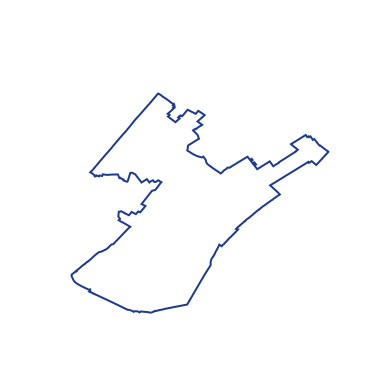 Midden-Delfland, Zuid-Holland, Netherlands (Equal Earth projection), rotated 340°
{"feature_id": "6326949B8148918487264", "entity_name": "Midden-Delfland", "entity_type": "district", "adm_level": 2, "iso_a3": "NLD", "parent_name": "Netherlands", "parent_adm1": "Zuid-Holland", "projection": "equal_earth", "projection_center": [4.318, 51.971], "detail": "fine", "context": "isolated", "style": "outline", "palette": "blue", "viewbox_px": 384, "rotation_deg": 340, "n_neighbors": 0, "source": "geoboundaries", "source_scale": "gbopen_adm2", "svg_char_len": 5853}
<svg xmlns="http://www.w3.org/2000/svg" viewBox="0 0 384 384"><g transform="rotate(340 192 192)"><path d="M204.8,102.9L204.6,102.9L204.4,102.9L204.1,102.5L202.2,99.6L199.8,95.9L196.8,91.9L196.1,90.5L194.1,88.1L193.8,87.9L193.6,87.9L193.2,88.1L192.7,88.5L192.2,88.8L185.0,92.9L184.3,93.4L183.5,93.7L182.5,94.4L179.9,95.7L177.8,96.9L175.8,97.9L170.9,100.7L167.4,102.5L165.3,103.6L162.4,105.2L159.6,106.9L156.7,108.7L154.0,110.3L152.4,111.2L151.1,112.0L149.2,113.1L148.5,113.5L147.1,114.0L146.9,114.1L145.9,114.8L141.2,117.4L136.8,119.9L135.7,120.6L134.1,121.4L131.1,123.3L128.7,124.5L127.6,125.3L125.8,126.2L123.7,127.3L122.7,127.9L119.4,129.7L107.1,136.8L105.5,137.6L105.0,137.9L104.1,138.2L103.2,138.7L103.5,138.9L106.5,143.4L105.9,143.9L105.9,144.0L107.0,144.4L107.9,143.8L110.0,145.5L110.7,144.9L113.0,146.2L114.3,144.9L117.2,146.5L117.7,146.7L119.4,147.3L123.0,148.3L128.4,150.2L128.5,154.1L129.4,154.0L130.1,155.3L130.4,155.3L131.0,156.0L131.7,156.6L131.4,157.0L132.2,157.8L132.0,158.1L132.5,158.5L133.4,159.3L134.7,160.2L135.1,160.0L136.1,158.8L140.5,153.0L141.5,153.1L142.4,153.5L142.7,153.7L143.1,154.5L143.8,155.0L144.1,155.3L144.7,156.0L144.9,156.5L147.8,165.8L154.0,164.5L154.8,167.0L155.2,168.4L155.7,168.1L159.1,167.6L159.3,167.6L160.0,169.6L161.1,170.1L161.4,170.1L164.2,169.5L164.4,169.5L164.7,169.7L165.4,171.0L166.6,172.3L163.8,173.9L162.7,174.7L158.4,177.4L157.9,177.5L155.0,177.2L154.6,177.3L140.5,186.1L143.5,189.2L136.4,193.4L134.8,191.9L131.7,193.6L128.4,190.1L124.8,192.3L121.4,188.8L121.5,188.7L120.4,187.6L119.0,186.0L118.8,186.1L116.5,185.5L114.4,189.8L114.4,190.1L115.2,192.6L113.5,193.5L115.9,196.4L116.3,196.6L122.1,203.6L121.5,203.9L120.0,204.3L100.1,214.1L98.6,213.8L98.2,213.8L93.4,216.0L92.5,216.3L91.5,216.5L87.9,216.9L86.7,217.0L85.4,216.9L83.7,216.7L82.1,217.4L81.9,217.3L80.1,217.9L73.3,220.7L70.0,221.9L69.8,221.7L66.4,223.1L66.3,222.9L61.2,224.7L60.2,225.2L56.2,226.5L56.4,227.1L56.0,227.2L55.1,227.0L50.7,228.4L50.6,228.7L50.6,228.8L50.1,229.7L50.4,233.7L50.7,235.3L51.0,236.0L51.6,237.3L53.0,239.3L54.0,240.6L55.3,241.9L55.6,242.4L61.5,248.4L63.0,248.7L62.6,250.1L61.4,250.5L62.8,251.9L63.0,251.9L65.0,253.9L64.8,254.0L66.7,255.8L66.8,255.8L80.5,269.6L88.5,277.8L88.4,277.8L90.7,280.2L90.8,280.1L91.7,280.8L92.9,281.5L95.2,283.3L96.1,284.6L96.7,284.4L98.4,284.8L100.6,285.9L101.5,287.2L102.9,286.7L106.3,288.3L107.8,289.0L108.7,289.3L109.9,290.1L110.8,290.7L111.9,291.2L112.7,291.4L113.6,291.4L115.1,291.2L115.8,291.3L116.7,291.4L116.8,291.4L116.8,291.2L117.1,291.3L117.5,291.5L120.7,291.8L125.2,292.5L125.5,292.5L125.7,292.4L128.7,292.9L133.4,293.6L149.0,296.1L157.4,289.1L174.1,275.2L175.5,274.0L177.4,272.6L178.5,271.7L180.1,270.5L184.3,267.3L184.4,267.1L184.8,266.4L185.0,265.8L185.0,265.6L185.6,264.2L186.2,263.3L187.4,261.5L188.3,260.9L189.2,260.3L190.3,259.6L190.6,259.0L191.4,258.7L192.0,258.1L192.9,257.1L194.7,255.4L195.1,255.2L195.8,254.6L197.7,252.8L199.7,250.8L201.3,253.1L202.2,252.6L202.8,252.2L203.2,252.2L204.0,251.9L204.4,251.8L204.9,251.3L205.5,251.2L206.9,250.3L207.9,250.1L208.5,249.6L209.0,249.4L209.3,249.2L209.9,248.8L210.8,248.5L211.8,247.9L212.1,247.8L213.3,247.4L213.9,247.0L215.7,246.2L216.4,245.9L217.1,245.5L217.7,245.4L218.0,245.2L218.4,244.9L219.4,244.5L220.6,243.9L222.4,242.9L220.8,241.8L222.6,240.9L223.5,240.5L224.0,240.4L224.9,240.1L226.0,239.5L226.4,239.4L226.4,239.5L228.8,238.5L230.6,237.9L230.9,237.6L231.1,237.5L231.4,237.5L231.8,237.6L232.1,237.6L232.4,237.4L232.8,236.9L233.4,236.7L234.0,236.5L234.6,236.3L235.3,236.1L236.0,235.9L236.7,235.8L237.2,235.5L237.5,235.4L237.8,235.4L238.6,235.0L240.3,234.5L240.9,234.3L241.8,233.8L243.7,233.2L243.9,233.0L244.7,232.9L245.3,232.5L245.9,232.3L247.0,231.9L247.7,231.9L248.1,231.7L249.4,231.3L249.3,231.2L250.1,230.9L251.0,230.7L251.6,230.4L252.5,230.3L253.1,229.9L253.6,229.7L254.3,229.7L255.5,229.3L257.7,228.8L258.0,228.6L259.6,228.1L260.4,228.0L261.4,227.6L261.9,227.6L262.3,227.4L262.6,227.3L264.3,226.9L265.0,226.8L266.2,226.3L267.1,226.0L268.1,225.8L271.5,224.9L272.5,224.7L273.7,224.4L272.7,222.1L271.9,220.5L270.7,218.1L267.7,212.5L270.1,212.0L284.4,209.1L285.9,208.7L286.2,208.6L286.8,208.6L311.7,203.5L311.9,204.4L311.9,204.6L315.0,203.9L316.0,205.6L318.0,209.1L320.0,208.1L330.1,202.9L333.7,201.0L333.7,200.9L333.9,200.7L333.6,200.2L333.5,200.3L332.9,199.4L330.1,195.0L328.2,192.0L327.9,192.1L327.3,191.1L325.0,184.0L323.4,184.4L322.4,180.3L320.8,180.6L320.6,179.6L319.0,179.8L318.4,177.3L301.4,180.9L303.2,184.1L305.1,187.1L305.9,188.5L304.6,188.8L303.8,189.0L303.3,189.2L303.4,189.5L283.9,193.8L283.7,193.9L283.7,194.2L281.5,194.6L277.2,195.6L275.5,189.8L261.1,192.9L260.5,190.9L259.9,189.2L259.7,188.4L261.6,188.0L261.3,187.1L259.4,187.5L259.1,186.7L260.9,186.3L260.8,185.7L260.7,185.4L258.8,185.8L257.9,183.0L259.9,182.6L259.4,181.2L257.5,181.6L256.2,177.8L236.8,181.7L236.7,181.9L235.5,182.0L233.6,181.2L232.5,181.9L230.5,182.4L229.3,182.7L227.4,183.7L225.4,184.4L220.1,177.2L217.0,172.5L216.1,171.1L215.8,170.1L215.6,169.1L215.6,168.7L215.8,166.7L215.8,166.2L215.7,165.7L215.3,164.4L214.7,162.6L213.4,162.9L213.1,162.9L209.0,160.0L205.8,156.6L201.7,151.3L202.2,150.7L203.1,149.2L203.3,148.6L203.9,147.4L204.4,146.9L216.8,144.3L216.7,143.4L216.8,141.8L216.8,141.0L216.7,140.2L216.5,139.7L216.2,139.1L215.7,137.9L214.7,136.0L214.3,135.1L214.1,134.4L217.0,133.8L217.2,134.3L219.5,133.4L224.5,132.4L221.3,127.6L230.2,124.1L229.5,123.0L228.2,121.3L225.7,117.9L222.2,119.8L216.0,113.2L208.7,117.4L207.7,116.4L207.8,116.4L207.7,116.3L207.3,116.6L207.0,116.6L205.8,116.9L205.7,116.7L204.5,117.2L205.5,118.7L200.3,120.7L195.2,112.9L197.3,112.0L197.0,111.4L195.9,110.2L202.1,107.8L202.1,107.6L202.6,107.3L202.8,107.3L203.7,107.1L204.0,106.9L203.8,106.7L204.0,106.7L203.8,106.4L204.0,106.3L203.7,106.0L204.9,105.4L203.7,104.1L205.0,103.5L204.7,103.2L204.8,102.9Z" fill="none" stroke="#1e3a8a" stroke-width="2"/></g></svg>